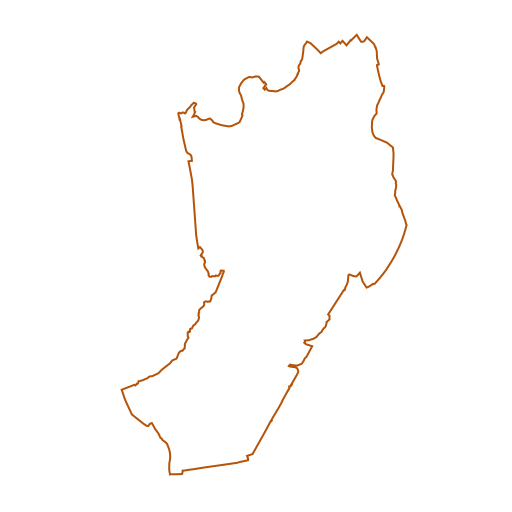 outline of Montferland, Gelderland, Netherlands, rotated 261°
{"feature_id": "6326949B90977500398075", "entity_name": "Montferland", "entity_type": "district", "adm_level": 2, "iso_a3": "NLD", "parent_name": "Netherlands", "parent_adm1": "Gelderland", "projection": "mercator", "projection_center": [6.215, 51.924], "detail": "fine", "context": "isolated", "style": "outline", "palette": "amber", "viewbox_px": 512, "rotation_deg": 261, "n_neighbors": 0, "source": "geoboundaries", "source_scale": "gbopen_adm2", "svg_char_len": 6049}
<svg xmlns="http://www.w3.org/2000/svg" viewBox="0 0 512 512"><g transform="rotate(261 256 256)"><path d="M144.9,102.4L134.1,104.3L118.9,108.6L108.8,117.8L107.5,119.1L105.2,121.7L105.0,123.1L106.8,124.9L107.3,127.0L101.0,129.3L95.9,131.9L91.3,133.2L90.9,133.6L90.6,134.0L90.5,134.3L89.3,134.6L88.1,135.5L86.7,137.1L84.6,138.7L78.6,140.0L74.7,140.2L71.4,139.9L68.6,139.3L64.7,137.9L58.1,136.8L53.7,136.9L53.8,137.2L53.7,138.3L53.3,140.4L52.2,148.7L52.3,148.9L53.0,149.3L55.5,150.0L55.4,150.3L55.3,151.3L55.3,157.1L55.2,160.8L55.2,172.1L54.7,205.2L55.1,207.9L55.1,208.7L55.5,216.2L56.3,216.4L57.9,216.2L57.9,216.4L60.0,215.9L60.9,221.6L81.6,237.9L91.0,245.0L91.0,245.3L90.7,245.5L91.0,245.8L91.2,246.0L91.8,245.9L92.3,246.1L102.2,254.4L108.5,259.3L108.9,259.3L118.5,266.8L118.4,266.9L119.9,268.2L121.9,268.3L121.8,269.7L122.0,270.0L122.6,270.5L122.6,270.1L123.0,270.3L123.0,270.9L123.5,271.2L123.5,270.8L132.4,277.9L134.4,279.3L135.7,279.8L138.0,279.3L139.0,278.7L139.7,277.8L140.0,277.1L141.5,272.3L141.8,271.7L142.1,271.2L143.0,272.1L143.4,272.9L142.8,273.9L141.3,279.4L142.4,284.2L142.7,284.6L145.7,287.2L146.1,287.3L147.8,288.8L148.2,289.8L158.1,297.4L160.6,292.4L161.1,291.6L161.8,290.9L162.8,290.1L163.4,291.0L164.9,290.9L164.5,295.2L164.8,296.4L165.2,299.5L165.9,301.5L166.5,302.9L169.7,306.6L170.6,308.6L173.7,311.2L174.7,312.9L175.6,313.8L178.8,315.3L179.6,315.2L181.9,318.7L183.8,318.9L185.5,319.3L187.0,318.1L208.7,337.5L208.4,338.2L211.3,339.5L212.8,340.8L216.3,342.7L222.7,344.3L223.1,345.5L221.9,347.4L220.7,349.7L220.1,351.7L220.3,352.1L221.0,353.2L223.3,356.0L214.2,357.3L207.5,360.3L208.0,362.4L209.6,366.2L210.2,367.1L209.9,368.0L210.1,369.1L215.4,375.4L218.6,378.9L222.0,382.4L229.2,388.8L234.9,393.4L242.8,398.9L249.0,402.7L254.8,405.8L263.0,409.6L264.3,409.2L267.2,409.0L275.4,407.4L279.1,407.1L283.2,405.6L283.1,405.4L283.3,405.4L283.3,405.6L288.8,404.0L294.3,402.6L297.0,403.5L298.4,403.6L300.3,404.5L303.8,405.6L305.9,405.4L307.2,405.9L308.2,405.9L311.9,404.2L315.4,403.3L319.0,404.6L332.8,407.4L336.8,408.0L338.5,408.0L341.5,408.2L342.2,407.9L344.7,405.5L347.4,403.2L353.2,394.0L353.1,393.9L354.1,392.5L356.8,391.1L359.7,390.4L362.8,390.4L366.0,390.7L368.2,391.3L369.1,391.3L371.8,392.1L372.7,392.6L375.7,394.8L377.8,397.3L379.2,397.7L380.9,397.7L382.9,398.2L385.4,399.0L386.7,399.8L388.4,401.1L391.6,403.0L392.5,403.8L395.7,405.7L397.2,407.2L398.4,407.9L402.7,409.1L403.8,409.2L404.0,408.9L404.1,407.6L408.5,406.6L413.3,406.0L421.7,405.4L425.6,405.3L425.8,405.5L425.9,407.1L426.1,407.3L432.1,406.5L439.6,407.3L443.3,406.8L443.3,406.5L446.8,405.8L454.7,399.8L451.3,396.5L450.9,395.0L451.0,394.1L451.2,393.3L458.7,390.1L453.9,383.4L454.3,383.1L449.9,378.4L455.0,375.1L452.8,372.5L454.7,371.2L452.9,368.8L447.7,354.5L446.2,351.7L450.2,348.9L457.7,343.1L459.8,339.9L457.5,337.9L457.0,337.1L455.9,336.4L455.2,335.8L450.0,334.5L444.1,332.7L443.0,332.2L441.5,331.0L441.6,330.9L441.2,330.6L439.2,329.9L437.3,328.0L435.6,327.4L432.2,327.6L429.3,325.5L429.1,325.7L426.4,323.8L424.0,321.5L423.7,321.5L423.0,320.1L420.2,316.0L419.1,313.5L417.9,311.3L417.0,309.2L416.7,307.9L416.4,305.9L415.7,303.9L415.5,302.2L415.6,300.2L415.9,300.0L417.1,294.8L418.0,293.5L418.7,293.0L420.3,292.5L418.9,290.6L420.7,289.5L422.7,291.7L423.0,291.6L423.8,292.9L424.6,292.6L426.6,291.3L426.1,290.6L432.7,286.9L433.5,283.6L433.2,282.8L433.0,280.4L433.1,279.2L433.8,278.1L433.9,277.5L433.8,276.8L432.2,272.1L431.4,271.0L428.6,268.1L425.6,265.8L424.5,265.4L422.2,265.1L419.8,265.3L416.7,266.4L412.3,266.7L408.5,267.5L406.0,267.2L404.2,266.8L401.4,265.8L398.1,264.3L397.7,264.3L397.1,264.7L393.7,262.7L390.7,260.6L390.3,259.7L388.3,252.7L388.2,251.1L388.3,249.2L390.5,242.7L393.6,236.4L395.1,234.6L396.7,234.0L399.0,232.1L398.9,230.7L398.2,228.0L398.3,225.4L398.9,223.7L399.7,222.5L400.2,221.9L401.6,220.8L402.2,220.6L403.7,218.9L403.4,215.3L405.3,216.9L407.8,218.4L408.0,218.0L412.3,218.0L415.3,220.7L415.9,220.6L417.1,218.6L414.9,215.5L413.2,213.8L412.5,212.5L411.1,210.9L410.1,210.0L408.5,209.1L407.9,208.3L407.9,208.1L408.9,207.1L409.2,206.4L409.2,206.1L409.0,205.4L408.6,204.6L408.6,204.0L409.5,202.8L409.4,202.1L409.0,201.5L403.0,201.9L403.2,202.3L395.8,202.8L395.7,202.4L383.4,202.6L371.4,203.4L369.9,203.7L368.9,204.2L368.1,204.9L367.0,206.3L366.2,207.1L365.1,207.7L364.0,207.8L360.0,207.6L360.1,204.1L353.1,204.4L340.9,204.7L334.2,204.3L286.4,200.2L281.6,200.1L272.5,200.2L273.6,202.0L270.5,203.9L269.7,204.2L268.5,204.1L267.7,203.8L267.1,203.3L265.9,202.0L265.2,201.5L264.5,202.4L264.0,202.0L262.9,203.3L261.8,204.3L258.5,204.6L258.6,204.8L257.9,204.8L257.6,204.7L256.4,203.7L255.0,203.4L252.5,203.9L248.2,206.1L246.2,206.4L245.7,206.6L245.1,206.2L244.7,206.1L243.0,206.7L242.5,207.9L242.5,208.5L242.8,208.7L242.9,209.1L242.4,212.6L242.5,212.8L243.0,213.1L242.3,215.4L242.6,216.0L244.0,217.4L244.5,217.8L244.8,218.3L246.3,218.5L247.1,218.9L246.5,221.8L245.6,221.8L243.1,220.2L242.4,220.0L226.5,210.5L224.5,207.3L224.2,206.6L223.9,206.1L223.3,205.8L221.1,205.3L220.2,204.7L218.3,203.7L218.2,203.3L218.5,201.8L218.3,201.1L218.8,200.4L219.0,199.7L218.9,198.7L218.5,197.5L216.5,197.3L215.3,196.9L214.3,195.8L213.1,193.6L212.5,192.9L211.7,191.6L210.9,191.2L210.0,191.2L209.3,191.1L208.7,190.4L208.0,190.2L207.1,190.4L206.5,190.0L205.9,189.8L204.8,190.2L203.3,189.8L201.5,188.9L200.9,188.4L199.2,186.2L198.8,186.0L198.2,185.5L197.6,184.4L197.3,183.4L194.5,181.3L194.4,181.0L194.4,179.8L194.2,179.5L191.9,179.0L191.3,178.5L191.4,178.0L191.8,177.4L191.1,176.6L187.2,176.0L186.3,176.5L185.9,176.5L185.4,176.2L184.4,175.0L183.2,174.2L180.6,172.2L179.9,171.9L178.0,171.7L177.3,171.3L176.3,171.2L175.8,171.0L175.5,170.6L175.2,169.8L174.3,169.1L174.0,168.6L173.8,168.1L174.1,167.4L173.9,166.9L172.8,165.0L172.0,164.4L167.3,161.6L166.9,161.0L166.2,157.7L165.9,156.9L163.5,154.3L158.7,145.7L157.1,143.4L156.3,142.5L155.3,140.9L153.5,134.5L153.7,132.7L153.6,132.2L153.3,131.2L152.3,129.6L150.9,124.1L150.6,120.3L149.6,120.0L148.5,119.4L148.2,118.7L148.2,118.4L148.4,118.2L147.0,116.7L147.8,115.7L144.9,102.4Z" fill="none" stroke="#b45309" stroke-width="2"/></g></svg>